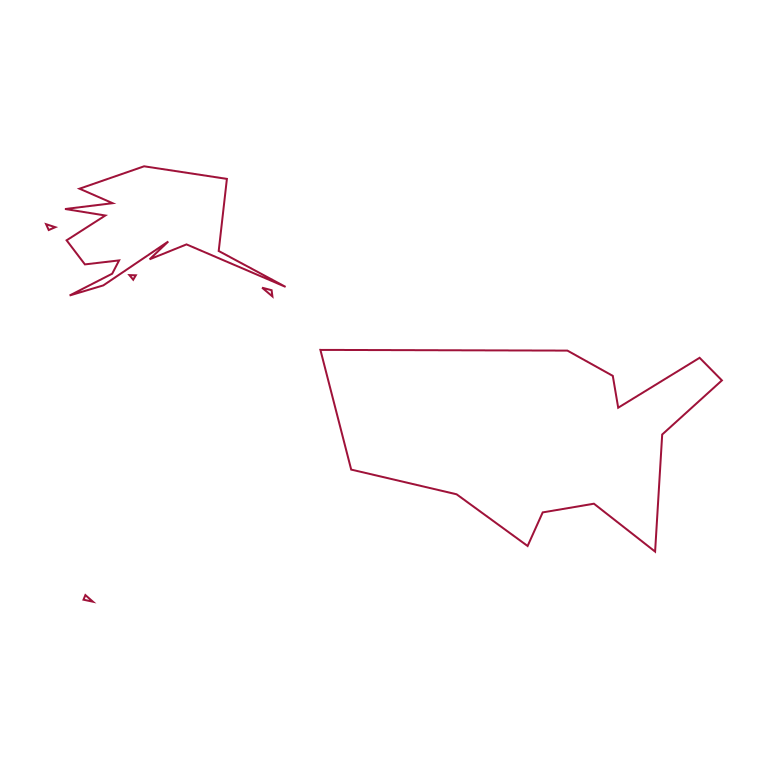 map outline of United States of America (Robinson projection)
{"feature_id": "USA", "entity_name": "United States of America", "entity_type": "country or territory", "adm_level": 0, "iso_a3": "USA", "parent_name": "North America", "parent_adm1": "", "projection": "robinson", "projection_center": [-126.716, 45.186], "detail": "coarse", "context": "isolated", "style": "outline", "palette": "rose", "viewbox_px": 768, "rotation_deg": 0, "n_neighbors": 0, "source": "natural_earth", "source_scale": "50m", "svg_char_len": 695}
<svg xmlns="http://www.w3.org/2000/svg" viewBox="0 0 768 768"><path d="M618.2,407.7L699.6,357.8L721.9,380.4L662.2,434.5L655.1,551.6L593.9,503.7L542.7,512.4L527.6,546.0L456.6,494.3L351.2,469.6L320.4,349.9L567.4,350.6L612.8,375.9L618.2,407.7ZM285.6,286.9L186.5,244.4L149.6,259.3L168.3,241.5L103.3,285.4L69.6,295.5L112.2,273.7L119.1,260.4L84.9,264.4L66.6,240.3L105.3,215.5L65.0,209.0L112.6,203.2L79.5,188.7L144.1,166.3L226.9,178.9L218.7,251.0L285.6,286.9ZM135.8,275.3L133.2,279.7L129.4,275.1L135.8,275.3ZM262.1,287.7L271.6,290.2L272.4,296.4L262.1,287.7ZM92.9,601.7L83.5,599.7L85.4,595.1L92.9,601.7ZM48.7,230.0L46.1,224.2L55.3,227.2L48.7,230.0Z" fill="none" stroke="#9f1239" stroke-width="2"/></svg>